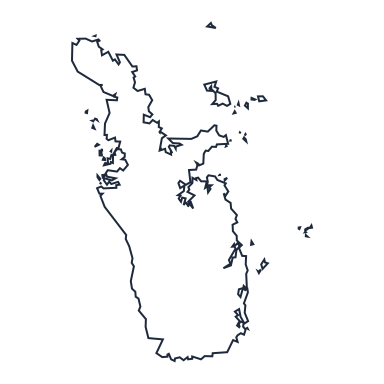 Thames-Coromandel District, Waikato, New Zealand (orthographic projection)
{"feature_id": "76426892B50034078290765", "entity_name": "Thames-Coromandel District", "entity_type": "district", "adm_level": 2, "iso_a3": "NZL", "parent_name": "New Zealand", "parent_adm1": "Waikato", "projection": "orthographic", "projection_center": [175.656, -36.86], "detail": "fine", "context": "isolated", "style": "outline", "palette": "slate", "viewbox_px": 384, "rotation_deg": 0, "n_neighbors": 0, "source": "geoboundaries", "source_scale": "gbopen_adm2", "svg_char_len": 6047}
<svg xmlns="http://www.w3.org/2000/svg" viewBox="0 0 384 384"><path d="M244.0,334.7L245.6,329.7L243.1,326.6L243.7,322.6L240.2,321.5L238.8,324.6L239.6,326.5L239.2,327.2L237.1,325.5L239.6,321.0L235.7,316.7L238.1,315.1L234.9,311.6L239.1,309.1L240.6,316.8L244.4,323.5L248.1,321.1L244.7,312.7L245.4,305.3L243.9,303.4L247.9,292.4L247.4,288.9L245.2,290.1L243.7,288.6L242.4,290.0L240.5,297.0L238.1,294.2L238.9,289.3L243.3,288.0L243.7,285.9L246.9,289.0L246.2,273.9L247.7,270.4L245.7,264.5L246.1,256.1L242.2,255.9L238.7,247.3L236.4,250.2L235.5,257.3L232.7,257.5L230.9,265.4L223.4,268.2L230.5,263.7L228.9,260.0L235.5,248.7L234.5,246.2L237.5,243.1L240.0,246.8L241.8,245.1L236.8,240.4L236.7,235.8L232.9,231.2L232.6,224.7L237.3,222.4L235.5,218.9L236.9,215.1L231.1,208.6L230.6,202.9L225.5,199.6L223.7,193.4L225.7,195.5L228.3,191.5L224.5,185.4L225.8,183.4L217.4,180.0L215.0,176.4L208.5,175.3L206.9,177.4L207.8,181.9L206.9,185.2L211.5,185.3L209.0,187.4L210.5,188.9L208.1,192.4L207.4,186.4L205.2,187.9L206.8,181.4L201.1,181.3L198.1,177.6L196.1,178.1L196.4,180.0L192.5,177.8L192.4,183.0L188.4,187.1L189.3,189.7L187.5,191.9L194.5,195.4L188.3,201.6L190.7,201.7L193.2,208.5L189.5,203.8L187.8,206.8L189.2,203.6L189.2,203.0L188.9,202.7L187.6,205.0L185.3,202.4L183.6,205.1L185.6,198.4L182.2,197.6L181.0,201.8L178.7,198.6L180.5,195.6L178.0,195.2L183.8,191.1L184.4,185.6L180.2,188.1L178.4,183.1L180.0,180.8L185.9,184.8L190.4,182.2L189.0,170.0L196.2,169.6L197.7,163.8L196.9,163.8L196.2,162.6L198.4,163.9L199.1,165.4L203.3,163.6L203.8,153.7L205.7,150.6L208.3,151.0L211.9,146.7L216.0,146.9L216.9,144.4L228.1,143.8L225.9,135.1L223.7,136.9L219.2,135.4L216.3,130.6L216.5,125.7L214.4,125.3L207.8,131.6L200.9,130.5L197.3,136.3L191.3,138.9L168.3,138.5L172.9,143.1L179.5,143.5L181.6,144.8L175.8,146.6L175.7,148.7L174.2,145.9L169.7,145.4L168.8,146.8L172.3,153.0L170.9,152.0L171.1,154.6L165.7,152.1L165.1,148.8L159.6,150.6L161.9,138.2L165.9,135.4L160.2,131.6L159.9,132.6L159.5,132.1L161.8,128.4L158.8,127.1L158.9,121.4L157.1,122.8L152.7,120.0L149.5,123.4L143.6,122.3L143.8,114.7L150.1,117.2L152.4,114.4L148.9,111.3L148.3,107.1L152.2,100.2L149.1,94.8L145.5,94.3L144.8,88.8L137.6,91.0L133.4,87.7L135.0,82.3L133.6,77.6L135.2,76.5L132.2,72.0L137.0,70.4L136.5,66.3L132.4,66.5L124.3,54.9L116.5,54.5L119.9,62.3L118.6,64.4L114.9,59.4L112.9,60.7L108.3,51.8L102.0,55.3L101.2,50.2L102.6,49.4L98.8,46.7L97.2,41.9L99.5,40.7L98.5,39.4L92.1,41.5L85.6,38.6L77.7,38.8L79.4,40.6L76.5,44.9L72.4,43.0L72.0,60.7L77.7,71.6L99.3,85.0L102.7,84.9L100.3,85.3L103.5,92.0L112.8,95.9L115.3,94.2L114.4,96.8L117.3,97.5L116.9,100.3L106.6,99.8L109.6,113.0L105.0,123.5L104.5,135.0L106.9,134.9L106.6,138.8L108.4,140.2L115.0,137.6L115.5,141.4L120.2,141.6L118.5,147.9L116.8,148.0L112.8,155.1L115.3,154.9L114.6,152.1L117.1,149.2L120.9,149.4L122.0,152.5L124.8,153.5L124.7,156.9L121.7,159.3L125.2,159.7L127.9,164.9L123.2,170.5L119.9,168.2L117.0,171.6L107.8,170.2L104.8,174.7L102.3,175.1L102.8,177.4L106.3,174.7L107.1,176.7L115.6,178.3L111.7,180.4L104.2,178.2L103.8,180.2L107.0,184.7L109.2,181.6L111.3,184.0L118.1,181.9L119.6,184.7L116.2,185.2L116.4,187.8L103.5,188.4L101.3,186.5L97.1,188.2L99.4,193.7L102.5,193.7L100.4,195.9L104.7,206.9L126.2,235.0L125.7,238.9L129.2,246.2L132.5,258.2L131.7,262.8L133.9,266.3L130.8,281.1L132.0,288.7L135.3,291.7L135.7,296.7L138.5,298.6L140.4,306.6L138.8,310.6L145.9,319.1L145.6,326.8L148.4,338.1L162.9,339.4L156.4,353.1L162.2,357.1L167.4,356.7L167.5,354.5L168.8,353.8L171.1,359.3L174.6,361.0L175.0,358.5L179.7,357.3L183.6,360.2L187.6,357.1L188.1,359.3L192.2,358.8L192.2,356.5L201.0,359.3L204.7,356.1L212.3,356.3L212.7,353.2L227.2,352.2L233.1,340.1L237.6,341.9L236.3,337.3L237.6,335.3L240.8,333.2L244.0,334.7ZM232.2,246.7L234.0,244.2L234.4,246.6L232.2,246.7ZM216.2,81.5L204.3,84.6L207.0,90.6L211.4,90.9L209.6,88.3L211.2,86.2L211.4,89.1L215.6,93.2L215.7,100.1L212.2,104.1L217.1,103.8L218.2,105.8L222.7,103.6L227.0,105.9L230.3,103.9L228.1,96.3L216.7,91.6L218.1,88.4L214.5,86.8L216.2,81.5ZM111.4,155.1L110.2,158.9L107.6,158.3L108.0,163.1L105.0,163.1L104.0,165.3L110.5,163.8L110.8,162.0L112.9,163.0L113.0,156.4L111.4,155.1ZM264.3,259.5L261.2,264.4L262.6,268.9L267.8,263.3L265.0,262.4L264.3,259.5ZM262.9,96.3L258.0,96.4L259.2,101.3L266.1,100.4L262.9,96.3ZM210.9,23.0L207.2,26.5L215.8,28.0L211.7,25.1L210.9,23.0ZM246.4,102.7L244.9,105.6L247.9,108.3L247.9,103.6L246.4,102.7ZM99.5,150.7L99.6,155.4L101.9,155.5L101.2,150.8L99.5,150.7ZM97.2,143.8L94.7,146.8L98.8,144.8L97.2,143.8ZM253.3,244.2L251.5,241.3L251.1,244.8L253.3,244.2ZM105.1,160.1L104.9,158.5L103.8,157.5L102.8,159.8L105.1,160.1ZM97.5,175.4L97.5,177.2L99.4,180.0L100.3,178.8L97.5,175.4ZM312.0,227.7L311.4,225.4L309.7,228.0L312.0,227.7ZM251.6,97.9L251.5,99.5L254.6,99.9L255.3,99.5L251.6,97.9ZM93.1,125.5L92.3,127.9L94.6,128.8L93.1,125.5ZM244.1,137.4L243.3,138.8L246.3,141.6L245.8,139.4L244.1,137.4ZM307.5,236.6L305.9,235.1L305.8,236.3L307.5,236.6ZM308.7,227.3L305.2,229.4L305.2,230.6L307.6,229.1L308.7,227.3ZM227.2,177.9L224.6,179.1L224.7,180.5L227.2,177.9ZM96.7,119.2L94.3,118.3L97.2,120.2L96.7,119.2ZM87.3,110.6L85.8,111.5L85.6,112.7L87.0,113.1L87.3,110.6ZM235.6,112.9L234.7,111.3L233.6,113.4L235.6,112.9ZM300.1,227.3L298.7,227.5L298.7,228.7L299.4,229.1L300.1,227.3ZM239.0,105.4L238.5,103.0L237.8,104.8L239.0,105.4ZM102.0,148.9L101.4,150.3L102.1,150.4L102.0,148.9ZM259.4,272.2L258.0,271.3L258.9,273.1L259.4,272.2ZM93.8,120.3L92.1,120.7L93.3,121.3L93.8,120.3ZM260.2,271.1L260.8,269.6L259.5,270.7L260.2,271.1ZM247.7,328.7L247.3,327.9L246.8,328.2L247.7,328.7ZM101.5,183.8L100.5,183.1L100.4,183.4L101.5,183.8ZM226.2,145.5L225.9,146.4L226.6,146.1L226.2,145.5ZM244.7,135.6L245.7,134.3L245.5,134.0L244.7,135.6ZM95.6,35.6L94.6,36.0L95.5,36.2L95.6,35.6ZM230.7,140.6L230.8,139.5L230.3,140.6L230.7,140.6ZM220.9,174.8L219.7,174.7L219.5,175.0L220.9,174.8ZM240.8,133.0L239.9,132.3L239.8,132.6L240.8,133.0ZM111.2,151.6L111.3,150.6L110.7,151.3L111.2,151.6ZM305.9,232.2L305.5,231.7L305.0,232.3L305.9,232.2ZM234.3,106.7L234.9,106.7L235.3,106.4L234.3,106.7ZM161.5,149.7L161.2,149.1L160.6,150.0L161.5,149.7Z" fill="none" stroke="#1e293b" stroke-width="2"/></svg>